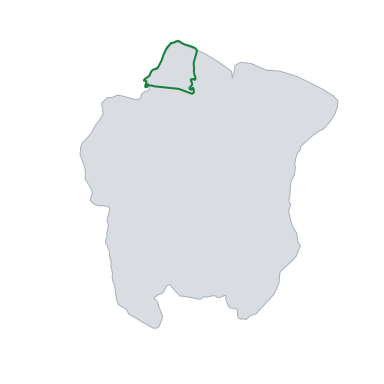 Nickerie on a map of Suriname (Natural Earth projection), rotated 16°
{"feature_id": "SUR-37", "entity_name": "Nickerie", "entity_type": "District", "adm_level": 1, "iso_a3": "SUR", "parent_name": "Suriname", "parent_adm1": "", "projection": "natural_earth1", "projection_center": [-56.858, 5.617], "detail": "fine", "context": "in_parent", "style": "outline", "palette": "green", "viewbox_px": 384, "rotation_deg": 16, "n_neighbors": 0, "source": "natural_earth", "source_scale": "10m", "svg_char_len": 3758}
<svg xmlns="http://www.w3.org/2000/svg" viewBox="0 0 384 384"><g transform="rotate(16 192 192)"><path d="M301.4,94.7L296.4,99.5L291.1,106.4L284.0,118.2L284.3,121.9L282.8,124.9L282.4,130.2L282.9,136.2L284.8,140.1L285.6,147.5L284.2,154.1L284.7,158.0L286.2,164.1L287.4,170.7L287.2,173.3L289.0,175.4L290.5,177.5L290.0,183.4L295.6,193.8L299.0,198.3L304.0,202.7L305.8,207.0L308.6,212.2L310.3,212.8L311.2,214.9L310.3,218.9L310.1,224.5L306.9,231.0L299.6,242.8L298.7,245.6L300.7,255.4L299.6,263.5L299.2,267.3L295.6,274.4L287.1,291.5L282.2,294.6L279.2,299.6L277.3,299.6L275.2,300.1L274.5,300.7L271.9,300.6L269.8,298.4L269.4,295.9L268.3,292.9L265.7,292.0L260.7,293.0L259.3,292.3L256.3,289.1L253.9,285.6L253.3,282.3L251.7,282.6L247.9,285.6L245.3,286.3L243.3,285.5L241.0,285.7L235.2,288.9L231.8,289.7L229.4,293.0L213.3,294.4L209.1,295.3L199.6,289.6L197.1,287.8L195.8,287.5L194.8,287.8L193.7,289.1L192.1,296.2L190.7,298.1L188.2,299.7L185.7,302.5L185.2,305.3L189.0,306.8L192.2,312.1L195.6,316.4L198.3,320.2L197.9,324.5L197.5,330.5L195.5,332.6L192.2,333.6L180.0,330.7L170.7,328.0L166.8,327.5L165.0,326.8L162.7,324.6L160.3,322.5L156.5,321.8L152.0,320.4L148.7,315.1L145.2,307.5L144.0,304.1L141.3,300.7L138.7,296.0L137.9,291.9L135.9,288.0L134.8,286.7L133.3,281.5L132.9,279.6L132.2,279.3L131.1,277.7L129.0,272.1L128.5,270.7L127.5,270.2L125.0,266.3L123.1,264.9L122.3,262.9L122.5,257.5L121.4,254.8L121.1,249.6L121.1,247.6L120.0,245.3L118.3,243.8L118.0,240.1L117.6,231.0L116.8,229.4L109.7,229.5L109.0,230.4L105.9,230.9L102.4,231.0L99.3,229.8L96.7,228.2L96.2,226.2L96.5,219.8L92.4,215.0L85.8,209.1L83.8,201.5L81.4,196.8L74.1,186.9L72.8,180.1L72.8,175.4L75.4,171.0L78.9,163.3L80.4,156.3L81.5,152.6L83.4,147.9L85.0,141.7L83.8,137.9L81.6,134.1L80.9,131.3L83.0,127.2L85.1,124.4L87.5,123.9L90.6,122.2L93.0,119.7L96.6,119.1L101.2,118.8L110.5,118.8L115.2,117.8L116.7,115.8L116.5,111.9L118.9,108.5L121.4,107.0L122.4,105.9L122.5,104.6L121.8,103.4L120.9,102.6L118.3,102.4L116.0,96.3L117.5,93.7L119.6,88.9L120.1,86.2L123.2,81.9L124.0,83.2L126.4,75.4L126.7,69.1L128.5,62.8L131.3,55.4L136.4,51.7L165.9,55.4L179.5,59.0L196.8,65.1L199.3,71.6L199.4,65.1L198.5,58.5L203.3,53.8L213.9,52.2L229.6,54.4L243.2,51.6L261.6,52.0L289.6,57.3L302.1,61.0L307.3,64.2L308.3,70.2L307.8,77.8L305.8,85.0L301.4,94.7Z" fill="#d9dde1" stroke="#a8b0b8" stroke-width="1"/><path d="M115.2,98.2L115.0,97.6L115.2,96.9L115.7,96.1L118.5,92.8L119.1,91.7L119.3,90.1L119.4,88.7L119.6,87.6L120.1,86.2L120.9,85.2L121.5,84.7L123.3,83.8L124.1,83.1L124.7,82.3L125.1,81.3L126.5,73.9L126.8,67.5L127.2,65.2L127.3,63.6L128.0,60.8L128.7,58.9L130.2,56.0L130.5,55.2L130.8,54.6L131.3,54.2L132.6,53.9L133.0,53.6L133.3,53.3L133.6,53.2L133.9,53.0L134.6,52.0L135.0,51.7L135.6,51.4L136.1,51.3L136.8,50.6L137.2,50.4L138.8,50.9L142.5,51.9L144.6,52.2L147.5,52.2L152.1,52.4L154.6,52.6L155.6,53.0L157.4,54.3L157.9,54.6L157.9,55.2L158.0,66.6L158.2,68.3L159.1,70.6L159.7,71.8L160.0,72.4L160.1,73.9L160.2,74.6L161.7,78.1L163.8,81.1L164.0,81.6L164.1,82.2L163.9,83.1L163.8,83.4L163.5,83.5L162.8,83.0L162.4,82.8L162.0,82.9L161.7,83.2L161.4,83.6L161.0,83.9L160.7,84.0L160.3,83.9L160.0,83.9L159.9,84.4L160.1,85.0L162.0,87.3L162.3,87.9L162.5,88.5L162.4,89.5L162.2,90.1L161.8,90.6L161.5,91.0L161.3,91.4L161.2,92.1L161.0,92.6L160.9,93.0L161.0,93.3L161.4,93.5L162.3,93.7L162.8,94.0L163.2,93.8L163.3,93.5L163.5,92.5L163.7,92.0L164.0,91.8L164.3,91.7L164.7,92.0L165.2,92.7L165.5,93.4L165.9,94.6L166.2,95.2L166.2,95.9L166.0,96.5L165.5,96.8L164.9,97.6L150.8,96.5L127.3,100.7L123.9,100.9L121.0,101.4L120.7,100.9L120.1,100.7L119.5,100.7L119.0,101.0L118.9,101.7L119.2,102.3L119.8,103.2L119.6,103.6L119.2,103.9L118.7,104.0L118.2,103.8L117.9,103.4L117.8,102.9L117.7,98.2L117.2,98.0L116.6,97.8L115.7,98.2L115.2,98.2Z" fill="none" stroke="#15803d" stroke-width="2"/></g></svg>